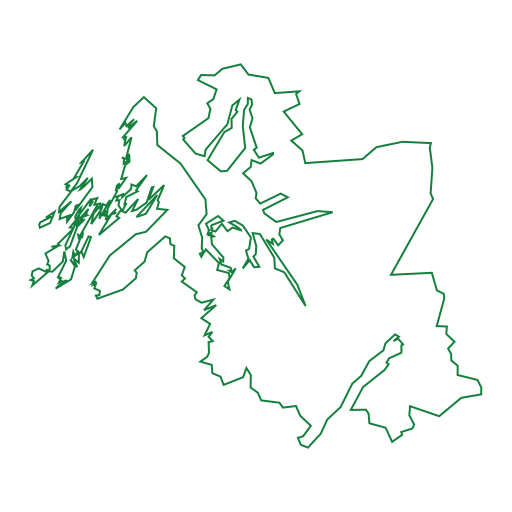 outline of Brønnøy nor, Nordland, Norway
{"feature_id": "86288312B44340312529107", "entity_name": "Brønnøy nor", "entity_type": "district", "adm_level": 2, "iso_a3": "NOR", "parent_name": "Norway", "parent_adm1": "Nordland", "projection": "mercator", "projection_center": [12.383, 65.417], "detail": "fine", "context": "isolated", "style": "outline", "palette": "green", "viewbox_px": 512, "rotation_deg": 0, "n_neighbors": 0, "source": "geoboundaries", "source_scale": "gbopen_adm2", "svg_char_len": 5967}
<svg xmlns="http://www.w3.org/2000/svg" viewBox="0 0 512 512"><path d="M439.2,416.2L461.3,397.8L481.2,394.4L481.3,387.4L477.4,379.9L457.6,375.0L457.7,365.8L451.3,360.4L451.1,353.9L448.1,348.6L454.5,341.7L446.3,334.0L446.9,326.5L436.7,326.1L444.3,298.4L443.7,293.8L436.9,290.4L431.8,272.8L391.0,274.8L433.1,199.0L430.6,193.4L432.4,168.0L429.8,147.7L430.9,143.1L402.4,141.8L376.4,147.2L362.5,159.1L305.3,163.1L302.5,150.5L291.3,140.6L302.2,134.2L283.7,111.6L299.5,104.0L296.1,94.0L299.4,91.3L274.8,93.1L268.4,77.9L248.5,74.6L240.7,64.4L222.3,68.8L214.6,75.4L201.1,75.0L197.9,80.1L216.6,89.4L213.3,99.1L207.3,103.3L210.4,108.9L208.4,118.2L182.8,136.0L184.5,138.0L183.2,139.5L195.7,153.7L204.6,156.2L205.5,149.8L227.3,124.3L232.4,105.4L239.4,99.7L235.7,110.1L237.4,111.7L231.5,118.9L231.7,127.9L224.3,132.1L207.6,160.2L220.9,171.4L227.1,170.8L245.2,148.0L242.8,126.3L244.1,109.8L247.8,104.0L247.9,98.0L251.4,99.4L252.1,104.5L249.6,109.6L252.5,118.3L249.8,127.3L256.7,147.7L253.8,149.8L258.9,157.7L273.0,153.0L273.1,154.3L260.6,163.6L251.6,160.1L250.7,167.0L243.1,173.3L251.6,181.3L256.5,193.0L255.7,198.3L260.2,203.6L280.7,193.6L287.8,197.3L263.0,209.9L264.4,213.4L276.3,222.0L317.5,211.1L332.7,212.2L280.3,228.0L279.3,234.3L282.9,240.3L278.2,245.3L273.4,238.7L271.8,239.4L272.8,243.9L266.3,239.6L297.3,284.7L305.6,306.0L284.2,272.2L274.9,268.4L274.3,257.7L259.9,234.0L252.7,233.1L256.3,246.2L255.7,254.2L253.4,256.6L259.3,266.8L254.0,267.2L249.8,260.2L242.7,268.4L248.4,258.7L246.0,250.6L249.1,248.9L250.9,237.5L242.9,225.6L234.7,220.8L229.3,222.5L237.2,227.0L240.8,229.9L240.9,230.3L232.5,227.6L227.6,231.2L221.8,223.8L215.5,231.5L211.1,229.8L212.2,228.1L211.2,227.2L211.2,225.8L211.5,225.3L223.4,220.6L218.1,216.0L206.0,223.7L209.0,230.1L207.7,233.9L211.4,232.7L209.2,235.3L212.0,235.1L213.8,236.4L211.2,236.9L212.0,244.4L223.4,257.5L223.2,261.5L219.7,259.0L221.4,264.5L230.6,267.7L231.5,270.6L229.5,270.7L231.9,272.4L235.7,268.4L227.7,281.9L229.5,289.4L224.4,286.0L229.6,278.1L228.8,273.0L217.2,270.0L219.0,263.1L205.8,249.4L201.3,256.8L199.8,253.7L203.3,252.2L201.7,248.4L202.2,237.7L198.4,225.3L206.6,214.1L205.4,199.4L180.5,163.5L157.3,145.0L156.9,131.5L153.8,126.1L156.2,108.3L143.9,97.1L133.4,107.0L119.6,129.4L125.3,122.9L126.5,126.0L134.1,119.2L129.9,123.9L128.1,128.1L137.2,120.8L123.0,137.2L125.6,137.1L123.5,139.8L125.6,138.9L124.2,146.0L131.5,137.3L125.9,158.9L121.8,157.4L124.0,158.7L123.7,163.6L127.5,160.6L129.1,153.8L129.5,161.7L125.2,165.1L121.2,179.0L126.1,177.9L118.8,188.3L117.1,188.7L119.5,183.3L116.9,185.8L115.8,190.3L117.2,191.1L107.8,208.3L106.9,214.7L103.9,215.1L106.0,210.3L103.1,215.3L107.1,216.2L105.4,219.9L116.3,208.9L112.4,213.2L116.4,212.5L111.2,214.5L98.9,235.0L119.2,217.9L116.5,216.3L121.3,209.6L118.5,205.5L119.4,200.2L116.3,200.6L117.8,197.1L116.3,196.9L122.9,194.2L122.2,197.1L131.1,189.0L131.5,184.5L136.2,186.3L147.0,175.1L136.1,190.2L137.7,191.3L126.3,197.0L124.5,204.3L125.9,204.1L122.2,211.2L125.6,212.7L138.1,199.0L132.1,211.0L136.4,209.8L146.6,202.6L151.8,187.4L153.3,187.0L148.4,200.0L164.1,185.1L157.6,200.3L158.9,202.0L157.1,208.8L167.3,209.9L146.0,231.8L135.8,234.2L109.7,255.6L91.9,283.4L96.2,281.4L93.4,284.9L95.9,284.0L94.3,288.4L99.9,290.9L99.3,295.2L95.9,295.5L97.4,298.7L123.0,289.5L135.9,278.2L136.7,272.8L134.7,270.4L144.6,261.6L147.2,252.3L165.3,236.4L170.0,238.4L170.4,244.1L174.3,245.8L173.8,258.2L184.8,267.0L181.8,275.2L185.0,278.5L181.8,281.6L196.8,292.2L194.5,295.5L195.5,299.3L201.6,302.7L213.3,299.6L204.0,310.2L216.2,305.1L201.3,318.2L210.1,323.9L204.6,335.3L212.4,332.0L208.6,336.8L212.8,341.1L208.6,342.1L209.0,352.9L207.2,356.8L200.3,361.6L211.7,364.9L212.4,373.2L220.5,376.6L223.6,384.9L243.1,377.2L246.4,368.0L250.8,375.0L250.6,387.5L257.9,392.8L261.2,400.4L279.4,402.7L282.9,407.6L296.0,406.0L300.2,415.7L310.8,425.8L303.1,436.3L297.9,437.8L300.9,444.8L307.9,447.6L320.7,433.8L327.3,419.5L340.6,407.1L352.3,383.6L361.1,376.0L369.3,361.1L383.4,350.3L385.5,343.3L395.1,334.4L398.9,336.7L393.5,341.1L398.1,338.7L403.1,344.4L401.4,345.4L401.4,352.7L389.1,358.3L386.5,362.6L388.7,364.2L384.5,370.0L363.1,387.0L350.8,409.9L365.9,409.7L368.6,413.6L369.4,423.3L385.6,427.7L392.1,441.8L402.0,435.0L401.3,432.0L412.4,428.5L414.2,424.5L409.3,415.3L410.1,406.2L439.2,416.2ZM91.2,198.6L79.1,214.9L81.0,207.8L79.1,209.6L75.2,216.6L75.9,220.2L69.9,227.5L73.6,227.9L77.9,216.4L78.7,215.2L79.3,214.8L76.2,226.4L81.9,217.5L80.6,217.7L88.4,208.9L85.9,214.5L87.3,215.2L82.6,217.0L80.6,222.0L84.8,219.1L77.2,226.7L70.0,246.4L66.1,249.3L65.4,245.2L73.1,228.9L57.9,243.9L59.7,245.4L51.4,246.7L56.8,246.7L45.4,253.6L48.6,261.0L47.2,264.5L49.6,265.5L49.7,270.3L46.6,269.9L46.4,270.9L52.4,271.7L62.8,261.6L64.3,251.4L66.2,260.7L58.3,276.5L60.5,277.7L58.7,278.0L60.5,279.6L58.9,282.5L61.8,281.0L62.9,281.9L65.6,280.5L66.6,280.9L60.1,284.3L55.7,288.6L71.0,279.4L75.0,266.3L70.1,259.4L77.3,267.1L73.6,258.4L78.8,262.7L78.9,254.0L81.5,251.5L83.7,257.0L91.0,237.1L88.6,236.4L81.4,251.4L72.3,257.7L73.3,251.9L74.8,255.8L78.0,251.4L75.9,249.5L80.7,237.6L78.9,238.4L78.1,234.8L82.1,237.2L82.8,233.8L80.8,234.4L97.1,205.6L98.8,207.5L93.5,213.5L91.3,224.1L100.8,210.2L99.4,218.7L110.1,200.0L106.0,205.7L102.8,204.0L101.1,210.1L102.1,204.2L99.9,209.4L100.2,203.5L94.3,204.7L97.2,198.1L92.3,199.4L92.6,202.0L89.5,206.4L91.2,198.6ZM80.1,189.5L87.8,177.9L79.5,186.3L71.9,190.5L59.5,206.9L59.1,211.9L71.4,201.3L60.7,213.3L59.6,219.0L71.5,214.7L67.1,218.4L67.1,221.7L74.0,212.3L75.8,205.8L77.4,205.2L75.3,210.5L92.4,187.1L91.8,178.7L83.3,187.2L82.6,187.3L81.1,189.0L80.1,189.5ZM93.0,149.8L81.4,162.4L83.5,161.9L74.1,177.9L75.9,177.1L76.4,177.1L65.6,184.2L67.5,185.0L65.9,187.8L69.9,184.9L66.5,189.7L70.7,191.4L76.9,183.4L93.0,149.8ZM47.4,272.5L38.7,268.4L32.6,271.3L31.7,275.4L34.0,278.4L30.7,280.0L33.9,281.0L32.2,285.6L47.4,272.5ZM145.9,213.8L157.2,195.0L136.5,217.0L145.9,213.8ZM54.6,211.8L45.8,217.7L48.2,216.5L50.8,217.0L40.3,222.3L39.2,224.5L39.9,227.7L50.1,223.0L54.6,211.8Z" fill="none" stroke="#15803d" stroke-width="2"/></svg>